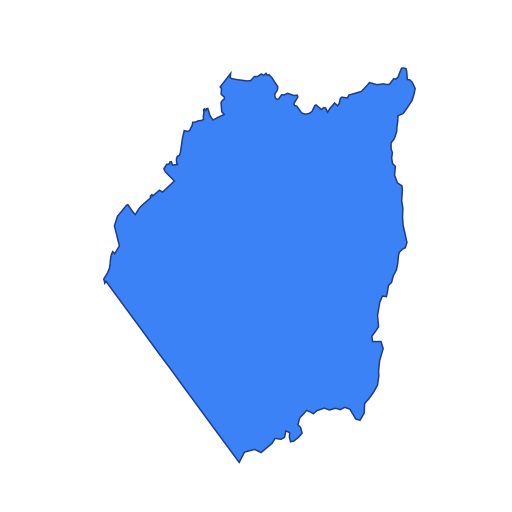 Gwagwalada, Federal Capital Territory, Nigeria, rotated 188°
{"feature_id": "59680162B34682847069002", "entity_name": "Gwagwalada", "entity_type": "district", "adm_level": 2, "iso_a3": "NGA", "parent_name": "Nigeria", "parent_adm1": "Federal Capital Territory", "projection": "equal_earth", "projection_center": [7.039, 9.072], "detail": "fine", "context": "isolated", "style": "filled", "palette": "blue", "viewbox_px": 512, "rotation_deg": 188, "n_neighbors": 0, "source": "geoboundaries", "source_scale": "gbopen_adm2", "svg_char_len": 3344}
<svg xmlns="http://www.w3.org/2000/svg" viewBox="0 0 512 512"><g transform="rotate(188 256 256)"><path d="M399.6,233.6L399.6,230.9L399.5,229.3L399.3,227.2L399.4,226.1L399.4,223.8L400.2,220.3L400.9,218.1L401.7,216.4L403.3,212.7L403.6,211.9L402.6,209.9L402.0,208.0L401.6,208.7L401.0,210.0L367.5,175.7L361.1,169.2L357.8,165.8L346.4,154.0L337.3,144.7L323.6,130.9L305.5,112.2L295.3,101.8L276.2,82.2L243.9,49.3L240.1,60.2L230.4,64.3L223.7,62.0L215.9,70.6L214.0,72.7L211.8,78.0L205.6,78.0L202.5,80.4L202.1,86.9L198.1,85.8L197.7,81.0L195.9,76.8L192.8,78.0L188.8,82.2L185.7,86.9L187.9,92.3L191.0,94.7L190.2,101.8L187.1,106.0L184.4,110.1L180.0,109.0L177.3,107.8L174.2,111.3L167.2,114.9L161.9,113.7L156.6,116.1L153.5,116.1L151.3,115.5L146.9,118.5L141.6,117.3L134.5,108.4L130.1,107.8L127.0,115.5L127.9,125.0L124.3,130.4L120.3,138.1L117.7,145.2L117.7,154.8L118.6,158.9L119.0,169.6L117.2,182.1L120.3,188.7L128.7,187.5L130.1,192.8L127.4,197.6L124.8,202.9L127.4,214.2L127.0,227.3L125.2,233.9L121.2,233.9L120.8,240.4L120.8,245.2L118.1,248.7L117.2,255.9L115.0,261.8L114.6,268.4L115.0,276.1L114.6,279.7L111.9,283.2L109.3,285.0L108.4,290.4L114.6,307.0L116.3,314.8L117.2,323.7L119.4,330.8L120.3,342.1L121.2,345.7L126.1,348.1L130.0,355.2L130.5,364.2L133.6,366.5L135.3,371.9L135.3,376.7L135.3,377.3L137.1,380.8L138.0,386.8L135.3,391.5L134.0,398.7L134.4,403.4L134.4,408.8L134.9,414.7L130.0,417.7L126.9,423.7L123.0,432.0L122.0,438.4L121.7,444.0L125.4,449.7L128.2,451.8L130.7,451.8L132.5,459.9L133.5,462.5L136.2,462.7L138.0,462.2L139.3,457.4L140.2,452.9L142.3,450.6L144.3,450.7L147.8,444.6L150.3,444.0L153.9,444.2L159.9,442.5L167.9,443.5L168.2,442.9L169.7,440.4L174.6,433.6L186.4,428.3L187.5,425.2L193.3,425.2L194.4,423.7L194.9,418.4L196.2,416.1L199.4,418.5L203.1,412.8L205.1,408.4L207.7,412.3L209.5,412.4L211.6,410.2L217.6,414.0L218.7,413.2L220.7,406.8L223.2,404.6L226.9,403.3L230.7,404.0L236.5,410.1L238.7,410.3L239.8,412.0L237.2,418.1L236.7,419.2L237.5,421.0L240.8,420.2L247.3,421.5L250.4,419.5L253.1,419.2L255.4,414.8L256.9,413.9L258.6,415.0L259.7,417.1L259.8,419.6L258.4,422.0L257.8,424.8L258.1,426.9L261.3,430.4L265.0,434.7L268.3,437.4L269.9,436.5L271.5,438.3L273.5,435.9L276.1,437.0L279.6,433.9L282.6,433.5L285.3,429.5L285.4,429.0L288.4,428.3L289.5,428.1L292.6,428.1L299.4,428.0L304.8,428.3L306.4,429.2L306.5,433.3L313.8,420.5L315.0,418.5L313.5,417.0L313.0,411.2L309.4,409.0L309.4,406.6L310.8,405.7L312.0,403.1L310.0,394.0L308.5,392.8L307.2,391.7L307.8,391.3L311.0,389.3L312.2,388.5L313.3,387.7L315.1,386.4L317.5,384.7L320.9,388.3L324.3,395.4L325.4,395.0L325.7,393.1L326.6,393.0L327.3,394.6L328.3,393.7L327.6,391.0L327.6,387.1L327.0,384.0L328.6,382.7L332.1,381.8L334.8,380.1L337.3,379.6L337.4,376.1L338.6,373.1L339.1,371.1L341.0,369.9L344.5,370.2L345.2,362.5L345.3,347.3L345.9,345.0L347.8,343.7L348.3,341.1L347.6,337.1L346.5,336.4L346.7,335.6L351.4,334.4L352.9,337.6L354.3,337.2L354.8,335.0L357.2,334.3L359.4,329.6L357.5,326.7L347.2,318.9L357.1,306.7L357.5,306.3L360.8,307.7L366.6,301.1L367.6,302.3L369.0,300.6L368.3,299.2L370.4,296.7L373.4,293.3L376.9,289.1L378.6,286.3L381.3,280.2L382.6,281.2L384.0,282.5L390.1,289.0L391.3,288.2L393.2,285.1L397.3,278.3L398.7,276.1L400.4,266.2L392.7,247.0L396.2,238.7L396.3,238.6L396.4,238.8L397.2,239.5L398.5,240.4L399.2,238.0L399.4,236.9L399.6,234.6L399.6,233.6Z" fill="#3b82f6" stroke="#1e3a8a" stroke-width="1.5"/></g></svg>